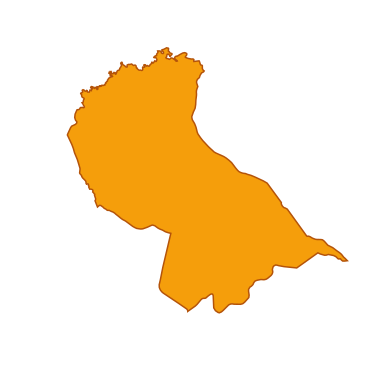 outline of Dambae, Kâmpóng Cham, Cambodia, rotated 324°
{"feature_id": "14789045B62933038539463", "entity_name": "Dambae", "entity_type": "district", "adm_level": 2, "iso_a3": "KHM", "parent_name": "Cambodia", "parent_adm1": "Kâmpóng Cham", "projection": "orthographic", "projection_center": [105.919, 12.024], "detail": "fine", "context": "isolated", "style": "filled", "palette": "amber", "viewbox_px": 384, "rotation_deg": 324, "n_neighbors": 0, "source": "geoboundaries", "source_scale": "gbopen_adm2", "svg_char_len": 5873}
<svg xmlns="http://www.w3.org/2000/svg" viewBox="0 0 384 384"><g transform="rotate(324 192 192)"><path d="M147.4,57.9L146.2,58.5L143.2,60.3L140.9,62.8L140.0,65.4L140.1,67.5L139.3,68.4L137.6,68.8L133.4,68.0L131.8,68.5L125.9,71.8L124.7,72.6L122.7,83.0L121.6,87.0L120.0,91.3L118.3,98.4L115.3,107.0L114.6,108.0L112.3,110.5L112.1,111.2L112.3,113.6L111.9,114.8L111.8,116.3L112.3,119.4L112.4,120.8L111.8,122.2L111.3,122.9L111.3,123.7L112.6,124.2L112.5,125.4L111.9,126.0L112.0,126.8L111.3,127.5L110.9,129.6L111.7,130.1L112.5,131.0L112.9,131.8L112.5,133.0L111.7,133.6L111.9,135.1L111.8,136.1L112.0,136.6L111.2,137.4L110.1,140.8L109.2,141.8L108.4,142.1L106.7,148.6L109.3,148.4L110.3,149.3L111.2,152.2L111.4,153.8L112.1,154.8L112.7,157.0L114.3,158.3L115.4,160.5L116.0,161.2L117.0,163.5L117.3,165.1L119.2,172.1L119.8,173.7L121.1,176.3L123.8,184.9L124.7,186.9L125.8,188.9L127.9,191.0L128.9,191.9L130.6,192.9L135.0,194.2L139.8,195.2L140.7,195.6L142.1,197.5L143.2,201.0L144.2,203.1L145.7,205.4L147.1,208.5L148.8,210.9L150.6,213.0L124.0,235.9L114.6,244.6L111.0,247.7L109.5,249.9L109.1,251.2L108.8,252.9L108.9,255.1L109.3,256.8L115.7,274.2L119.0,283.6L118.9,285.4L118.4,286.1L127.6,286.2L130.0,285.9L136.0,284.4L137.5,284.3L138.5,284.6L139.8,285.5L140.8,285.9L144.1,285.6L146.4,285.6L147.6,285.8L148.6,286.7L148.3,288.2L141.5,298.5L141.2,301.8L142.3,304.8L143.1,305.8L145.3,306.3L147.8,306.1L155.3,304.9L157.3,305.3L158.7,306.1L160.1,307.5L165.3,311.4L167.4,312.2L169.8,312.1L175.9,310.8L177.6,309.0L179.5,305.4L180.7,303.9L183.0,303.0L184.6,303.1L186.2,302.9L187.2,302.6L188.8,301.6L190.9,301.1L193.1,301.8L196.3,303.3L198.7,305.3L200.5,306.1L202.3,306.3L204.1,306.2L206.9,306.0L208.3,305.6L209.8,304.7L210.7,303.6L211.4,302.0L213.3,300.4L214.8,299.9L216.7,300.2L217.6,301.0L218.8,302.5L222.6,306.5L232.1,315.0L258.1,315.2L259.3,317.5L262.0,321.0L263.3,321.9L265.6,322.7L269.2,326.6L270.4,328.9L271.0,332.1L272.8,333.4L272.9,334.9L273.3,336.4L274.9,337.6L277.3,338.9L276.8,335.5L276.4,333.8L276.3,330.3L275.7,327.8L274.5,324.3L273.2,319.9L270.6,314.9L270.2,310.5L269.9,308.7L269.4,307.3L268.3,306.2L265.1,303.8L263.9,302.6L262.3,300.1L261.2,297.5L260.4,296.3L259.2,295.5L258.9,295.0L259.0,261.8L258.0,259.7L257.3,258.9L256.9,257.2L256.9,255.7L257.3,254.0L258.1,253.0L258.0,229.0L256.2,224.9L251.7,216.8L249.5,213.2L247.3,210.4L246.1,208.5L244.2,206.7L242.9,204.9L242.0,203.2L241.6,201.2L241.4,198.1L241.3,191.6L240.6,188.2L239.6,184.6L238.5,181.9L234.3,174.6L233.4,172.6L231.9,164.9L230.9,156.6L230.8,153.2L230.9,148.6L231.4,146.6L233.1,142.5L233.6,140.9L234.3,138.1L234.7,133.9L235.3,132.3L236.1,130.9L240.1,128.1L243.7,126.1L246.3,123.5L249.1,120.0L252.2,116.7L253.3,115.3L254.2,113.8L255.2,112.6L256.7,111.4L258.7,110.1L259.9,106.3L261.0,104.9L262.8,104.0L265.0,103.8L265.8,103.4L266.8,102.5L269.7,101.3L271.9,101.6L272.4,101.5L273.0,101.2L272.7,100.5L272.7,99.5L272.9,98.3L274.6,95.9L274.6,95.4L273.8,94.4L273.8,93.6L274.9,90.3L274.4,89.8L270.2,87.5L270.6,86.7L271.3,86.1L271.3,85.4L270.5,84.6L269.6,84.0L267.3,81.6L265.8,79.2L266.0,78.8L266.9,78.4L268.1,78.1L268.8,77.5L269.1,76.8L268.7,76.0L268.2,75.2L267.7,74.8L266.1,74.1L263.4,73.7L259.7,73.4L259.1,72.8L258.1,72.7L257.5,72.8L256.5,73.5L256.5,74.9L257.2,77.0L257.1,77.4L256.3,77.1L255.9,76.4L255.9,75.1L255.4,73.9L255.0,72.5L254.3,71.6L253.7,71.2L252.7,71.4L251.7,71.4L251.3,70.8L250.9,70.0L249.8,68.9L249.9,67.9L251.0,67.6L252.3,66.4L252.9,66.1L253.6,66.4L254.1,66.8L254.1,68.1L253.8,69.1L254.1,69.4L254.5,69.4L255.6,69.0L256.2,69.0L256.9,68.7L257.1,68.2L256.0,66.7L256.0,64.7L255.7,64.0L257.3,62.3L257.4,61.8L256.2,60.4L253.3,60.0L252.3,59.7L251.4,59.3L251.0,59.4L250.9,60.2L251.2,61.8L250.7,62.9L250.0,63.0L249.6,62.7L249.0,61.8L249.0,61.2L249.4,60.6L249.2,59.4L248.3,58.5L247.1,57.7L246.7,58.8L246.2,59.2L244.4,59.7L243.6,60.8L242.2,60.3L240.7,60.4L240.2,60.7L240.4,61.2L241.0,61.4L241.7,61.9L241.8,62.4L241.6,62.9L241.6,64.0L241.3,64.4L239.9,65.3L239.5,65.2L239.0,64.0L236.8,64.8L236.1,64.7L236.0,63.6L235.7,63.4L235.1,63.9L234.4,64.3L233.1,64.3L231.8,65.0L231.4,65.0L230.8,64.7L230.4,63.6L229.3,63.5L229.1,63.0L229.1,61.8L228.6,61.2L227.9,60.9L227.5,61.1L227.6,62.5L227.3,63.0L226.7,63.0L225.7,62.0L225.1,62.3L224.5,63.5L224.0,64.1L223.3,64.3L222.8,64.2L221.9,63.0L221.2,62.7L220.6,61.9L220.2,60.3L220.4,59.6L220.1,59.5L220.0,58.9L220.9,56.9L220.8,56.4L220.5,55.8L219.0,55.2L218.4,53.0L216.6,52.2L215.5,51.4L214.6,51.2L214.0,51.2L213.3,52.5L212.8,52.7L212.3,52.3L211.9,51.6L211.8,50.6L211.0,48.5L210.9,47.7L211.4,46.8L211.6,46.0L211.2,45.6L210.2,45.8L209.9,46.1L209.7,47.3L209.3,48.1L208.5,48.7L206.1,49.6L205.2,50.4L204.4,50.5L203.6,50.1L202.8,50.1L202.1,50.4L201.5,50.9L200.0,51.8L199.5,51.9L199.3,51.4L200.0,50.7L200.0,50.2L199.0,49.4L198.5,50.0L198.0,50.0L196.6,49.3L196.3,48.8L197.3,47.9L197.3,46.8L196.8,46.8L195.9,47.5L195.3,47.0L195.4,46.5L194.6,47.0L195.3,48.4L194.8,48.7L194.3,49.7L195.0,49.7L195.0,50.3L195.5,50.6L195.7,51.7L195.0,51.8L194.5,51.4L191.4,51.0L190.1,51.7L189.4,51.8L188.7,52.6L187.8,52.6L186.1,53.0L186.1,53.5L184.5,53.8L184.2,54.2L183.8,53.8L183.2,53.8L182.3,53.3L182.0,52.7L181.4,52.9L180.2,52.1L180.2,52.8L179.2,52.3L178.9,51.9L178.1,52.0L177.0,50.9L176.6,51.1L176.9,52.0L176.5,52.8L176.5,53.3L175.5,53.3L175.4,50.7L175.0,50.3L174.0,50.8L173.4,49.6L173.7,48.9L172.8,47.7L172.4,47.5L171.8,47.7L171.4,48.0L171.5,48.6L172.3,49.4L172.0,49.8L171.4,50.1L170.9,49.9L170.2,50.8L169.4,49.6L167.7,50.8L167.4,50.7L166.2,49.6L166.3,49.1L166.8,48.4L166.6,47.9L165.6,48.0L164.9,47.8L164.6,46.9L164.7,46.4L164.0,45.2L163.2,45.1L162.8,45.4L162.7,46.2L162.2,46.9L161.2,46.9L160.6,46.7L160.0,46.7L159.7,47.1L160.0,48.2L159.2,49.4L158.9,50.8L159.7,52.6L159.5,53.3L158.1,53.9L157.0,55.2L156.5,55.3L155.5,55.1L155.5,57.1L155.3,57.4L155.1,59.3L154.9,60.0L154.2,60.2L153.6,59.9L153.2,59.2L152.5,59.0L151.9,58.3L151.0,58.2L149.8,58.8L148.9,58.8L147.4,57.9Z" fill="#f59e0b" stroke="#b45309" stroke-width="1.5"/></g></svg>